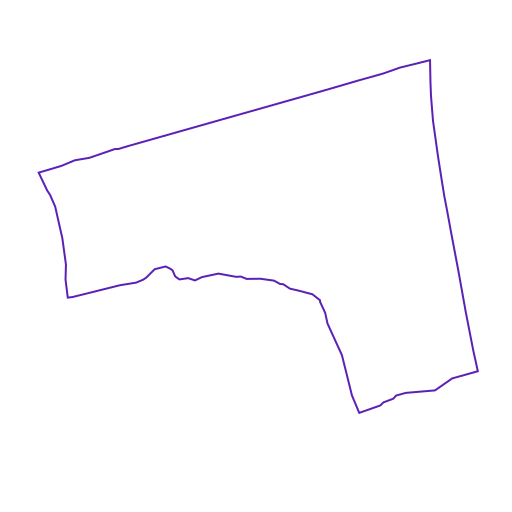 Iztapa, Escuintla, Guatemala (Natural Earth projection), rotated 262°
{"feature_id": "79465075B85452841744981", "entity_name": "Iztapa", "entity_type": "district", "adm_level": 2, "iso_a3": "GTM", "parent_name": "Guatemala", "parent_adm1": "Escuintla", "projection": "natural_earth1", "projection_center": [-90.708, 13.973], "detail": "fine", "context": "isolated", "style": "outline", "palette": "violet", "viewbox_px": 512, "rotation_deg": 262, "n_neighbors": 0, "source": "geoboundaries", "source_scale": "gbopen_adm2", "svg_char_len": 1035}
<svg xmlns="http://www.w3.org/2000/svg" viewBox="0 0 512 512"><g transform="rotate(262 256 256)"><path d="M241.0,63.8L240.9,68.6L246.0,117.3L246.3,133.6L248.3,141.1L250.0,144.5L257.0,153.8L258.2,165.0L255.7,168.8L253.6,171.3L247.1,173.1L243.5,176.8L243.5,185.8L240.3,192.2L242.6,199.4L243.8,216.3L238.1,233.5L237.8,238.0L234.6,243.6L232.9,257.0L229.1,270.4L224.9,276.0L224.3,279.0L218.9,285.1L216.4,291.8L210.2,306.6L203.3,313.2L201.6,313.1L190.0,316.6L179.2,317.4L145.8,327.3L104.6,331.6L86.3,336.4L90.7,358.3L93.3,361.8L95.6,372.1L98.3,375.3L99.6,385.3L98.0,414.5L107.5,433.3L111.0,459.6L120.8,458.9L132.2,458.0L171.7,455.9L211.7,454.4L234.9,453.3L249.5,452.6L275.5,451.5L288.9,450.8L309.2,450.4L329.3,450.1L348.2,450.1L365.4,450.1L390.5,451.6L404.3,453.0L425.7,455.6L422.5,424.6L419.0,407.4L415.5,381.4L410.5,347.0L382.7,144.8L381.1,134.5L381.6,131.3L376.4,104.6L376.0,89.9L372.3,75.7L368.8,52.4L350.0,58.3L345.1,60.6L332.9,64.0L300.5,66.7L273.9,66.6L259.2,64.1L241.0,63.8Z" fill="none" stroke="#5b21b6" stroke-width="2"/></g></svg>